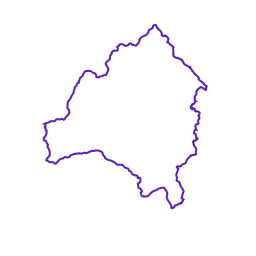 outline of Tuan Giao, Điện Biên, Vietnam, rotated 342°
{"feature_id": "81297802B47935602128313", "entity_name": "Tuan Giao", "entity_type": "district", "adm_level": 2, "iso_a3": "VNM", "parent_name": "Vietnam", "parent_adm1": "Điện Biên", "projection": "albers", "projection_center": [103.401, 21.645], "detail": "fine", "context": "isolated", "style": "outline", "palette": "violet", "viewbox_px": 256, "rotation_deg": 342, "n_neighbors": 0, "source": "geoboundaries", "source_scale": "gbopen_adm2", "svg_char_len": 5848}
<svg xmlns="http://www.w3.org/2000/svg" viewBox="0 0 256 256"><g transform="rotate(342 128 128)"><path d="M144.5,217.3L144.6,217.5L145.5,217.2L145.7,217.3L145.8,217.8L146.8,217.9L147.4,217.6L147.9,216.6L149.3,216.2L151.5,216.4L152.6,215.7L153.1,215.7L154.0,216.1L154.5,215.6L154.9,215.5L155.4,216.0L155.8,215.9L156.8,215.0L157.0,214.5L157.7,214.3L158.0,213.7L158.7,213.2L157.2,211.2L161.3,205.4L161.4,205.0L160.8,201.8L160.1,200.0L160.2,195.9L160.1,195.4L158.0,193.0L158.5,191.8L159.1,190.9L159.4,187.8L159.6,186.9L161.0,185.3L162.2,183.6L162.9,183.1L163.3,182.6L163.3,182.3L162.4,180.8L162.3,180.1L162.6,179.8L163.3,179.7L166.3,180.8L166.5,180.8L167.5,179.8L168.2,179.5L171.5,179.3L172.3,178.8L174.0,176.7L174.9,175.9L175.7,175.4L177.3,174.7L177.9,174.1L179.1,174.1L179.8,173.3L181.3,173.9L182.3,174.0L184.6,174.0L184.8,173.8L184.9,173.3L184.7,172.4L184.9,172.1L185.2,171.2L186.2,170.1L186.3,169.4L186.3,168.0L185.2,165.0L185.5,164.5L185.4,163.3L185.7,162.5L185.5,161.8L185.6,161.2L186.8,160.3L187.3,160.8L188.0,160.9L188.4,160.7L189.1,160.2L190.3,160.3L190.9,159.3L190.2,158.7L189.9,158.3L190.0,157.3L190.3,156.8L190.2,156.1L190.4,154.9L190.1,154.3L189.6,154.0L189.2,153.5L189.4,152.6L190.3,151.1L191.1,150.5L191.4,150.4L192.6,150.9L192.4,149.5L192.5,147.9L192.7,146.8L193.0,146.3L194.3,145.6L195.6,145.9L196.2,145.7L196.5,145.4L196.6,144.9L196.6,143.2L196.8,142.9L197.6,142.0L198.8,141.2L198.7,140.2L199.3,139.4L198.7,138.0L200.2,137.0L200.8,135.7L200.7,135.1L199.8,134.1L197.3,132.9L197.2,132.4L197.4,130.9L196.8,130.0L196.4,129.9L195.3,130.3L194.8,130.0L194.7,129.6L195.2,128.9L194.1,128.9L194.0,128.2L194.1,127.3L194.4,127.0L195.8,126.2L196.0,125.5L196.7,125.5L197.1,125.1L197.9,125.4L198.5,125.2L200.1,123.7L200.7,123.6L200.0,123.0L199.9,122.3L201.0,119.8L201.0,118.8L203.4,117.1L203.7,116.7L204.1,114.6L206.8,112.6L207.6,112.3L208.6,112.1L209.5,111.6L209.9,111.6L211.8,113.4L212.5,114.6L213.7,115.9L214.3,115.7L214.5,114.0L215.6,112.9L215.7,112.3L214.2,111.0L214.0,109.5L213.5,108.4L212.7,107.6L210.2,103.6L210.2,103.3L210.8,102.7L210.9,102.2L210.0,100.2L208.0,97.0L207.4,94.8L206.6,93.4L206.7,92.1L205.4,90.5L205.4,90.1L206.1,89.5L206.1,89.2L204.4,88.3L202.7,86.2L201.7,85.3L200.9,83.5L201.1,82.1L200.2,80.8L200.4,80.2L200.3,79.9L199.4,79.3L199.1,78.5L198.1,78.1L197.6,77.3L196.9,76.8L195.8,76.4L193.8,74.4L193.6,73.2L194.1,72.6L193.8,72.0L193.8,71.6L194.5,70.2L195.3,66.8L195.6,66.1L196.2,65.4L196.1,64.8L195.4,63.6L194.1,62.0L192.9,59.3L191.9,58.6L192.7,57.9L193.1,57.4L194.0,55.4L193.9,54.9L193.2,53.1L192.9,52.7L192.3,52.5L192.0,51.7L191.4,51.2L191.0,51.2L190.6,51.6L190.2,51.6L188.7,50.1L189.4,48.6L189.0,46.2L188.5,44.9L187.5,43.9L187.4,42.8L186.6,42.0L186.5,39.0L185.3,38.1L184.7,38.3L183.6,38.5L182.7,40.0L182.0,40.3L181.4,40.9L180.1,41.2L178.7,41.1L178.0,41.5L177.3,42.6L176.2,43.9L175.7,44.4L174.6,45.0L173.9,45.2L169.8,45.5L166.1,47.3L165.9,48.6L164.3,50.4L163.7,50.8L163.1,50.9L162.4,51.6L161.5,52.0L160.6,52.0L159.2,50.9L158.7,50.3L158.2,50.1L157.7,50.2L157.1,48.8L155.9,48.0L155.6,48.0L155.0,48.7L153.1,49.5L152.6,49.3L150.9,49.2L149.3,47.1L147.4,46.1L146.2,45.9L145.8,45.9L145.3,46.7L142.8,47.5L143.0,48.7L142.3,50.6L141.9,51.0L141.6,51.1L140.2,50.7L138.3,49.9L136.6,50.5L136.0,50.9L135.9,51.7L135.5,52.2L133.3,53.8L132.2,56.5L131.3,57.4L129.5,57.8L126.7,59.6L126.6,60.5L127.4,64.1L127.5,66.2L127.0,67.1L125.1,69.0L124.0,70.2L123.7,70.7L123.1,70.5L120.0,70.4L117.8,70.5L117.0,70.4L115.7,70.8L114.9,70.6L113.6,69.7L114.0,68.1L114.0,67.6L113.5,66.0L113.1,65.5L111.9,64.7L110.6,62.8L110.0,62.3L108.5,61.6L105.7,60.9L104.7,60.8L101.9,63.0L101.0,64.2L98.9,65.4L97.9,65.6L96.4,67.7L95.4,68.5L95.5,69.4L95.3,69.7L93.5,70.0L92.9,70.5L91.9,72.0L90.1,72.7L89.8,73.0L89.1,74.6L88.0,75.7L87.4,77.2L85.8,78.8L84.9,79.4L83.7,80.5L83.2,81.4L81.5,82.9L79.5,84.1L78.7,84.8L76.6,90.0L76.8,91.4L77.4,92.4L77.2,94.7L77.1,95.1L76.1,96.2L74.2,97.5L72.4,98.3L71.3,99.4L69.7,100.3L69.3,100.2L67.9,98.8L65.1,98.7L63.9,97.9L62.8,97.6L62.0,97.8L61.1,98.6L60.4,98.8L59.1,98.6L57.8,97.9L57.0,97.7L54.6,98.1L49.7,98.2L50.7,99.2L50.1,99.8L50.1,100.7L49.5,101.1L49.7,101.7L49.1,102.1L49.5,103.3L49.1,104.8L49.8,105.5L49.2,106.9L49.1,107.4L48.9,107.9L47.0,110.1L45.3,111.3L44.5,112.1L44.2,112.7L44.3,113.6L44.6,114.1L45.7,114.6L45.9,114.9L46.1,115.6L46.0,117.0L46.3,118.1L46.7,119.1L46.5,119.7L45.8,120.5L45.6,121.0L46.3,124.5L46.3,125.6L45.8,127.7L45.0,130.0L43.3,130.9L42.3,131.9L41.2,132.1L40.3,133.4L41.8,134.8L43.1,136.4L43.6,136.6L45.8,137.1L46.9,138.3L47.1,139.1L47.4,139.3L48.1,139.5L48.7,139.5L50.1,138.5L51.2,138.0L53.1,136.9L54.8,136.7L56.8,136.9L58.3,136.2L59.0,136.1L61.4,137.4L62.7,137.6L63.5,137.5L64.3,136.6L65.6,136.2L69.1,136.0L69.8,136.4L72.3,136.6L72.9,137.1L73.7,137.0L74.1,137.0L74.6,137.4L75.9,138.0L79.2,138.0L80.3,139.0L81.1,139.1L84.6,138.7L85.4,138.8L86.2,138.5L86.8,138.5L88.0,139.2L90.9,139.5L92.7,140.2L93.6,140.8L95.8,142.8L96.1,144.2L96.1,146.1L96.9,148.1L97.0,149.7L99.0,152.0L102.0,154.0L103.0,154.8L103.3,155.4L104.0,155.9L105.2,157.4L106.0,158.9L106.3,159.3L107.7,160.1L110.5,161.0L111.5,161.6L111.9,162.3L112.5,164.2L112.8,164.7L115.4,166.5L115.8,169.1L116.6,169.6L117.0,170.0L117.3,170.8L117.8,173.2L118.1,173.5L119.0,174.5L119.9,174.9L120.6,175.6L121.4,175.8L121.8,176.0L122.3,177.4L121.8,178.1L121.7,178.5L121.8,178.6L124.1,179.2L124.1,179.6L123.7,180.5L123.6,181.7L123.3,182.6L122.5,183.3L121.9,183.6L120.5,183.9L120.2,184.2L119.7,187.0L119.6,188.1L119.9,188.6L120.6,189.0L121.0,189.4L121.7,191.9L121.8,192.6L121.6,192.8L120.2,193.3L119.9,195.8L120.1,196.6L120.5,197.2L121.6,197.9L122.2,198.1L124.7,198.9L125.6,198.9L127.3,198.4L129.7,196.8L132.7,195.9L135.8,195.8L138.1,195.2L140.0,195.1L142.2,195.3L143.5,195.8L143.9,196.1L144.3,198.0L145.0,199.2L145.2,202.3L144.7,203.6L143.6,205.1L143.5,205.5L143.5,208.9L144.5,211.7L145.0,214.4L144.9,216.0L144.5,217.3Z" fill="none" stroke="#5b21b6" stroke-width="2"/></g></svg>